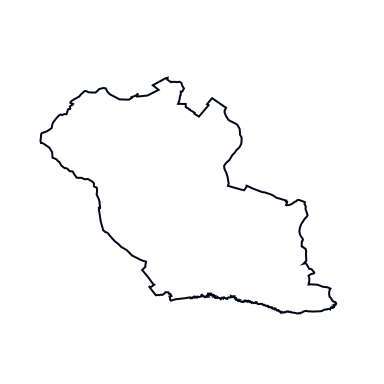 the district of Husasau De Tinca, Bihor, Romania, rotated 7°
{"feature_id": "2599482B81201825015639", "entity_name": "Husasau De Tinca", "entity_type": "district", "adm_level": 2, "iso_a3": "ROU", "parent_name": "Romania", "parent_adm1": "Bihor", "projection": "robinson", "projection_center": [21.937, 46.86], "detail": "fine", "context": "isolated", "style": "outline", "palette": "ink", "viewbox_px": 384, "rotation_deg": 7, "n_neighbors": 0, "source": "geoboundaries", "source_scale": "gbopen_adm2", "svg_char_len": 6062}
<svg xmlns="http://www.w3.org/2000/svg" viewBox="0 0 384 384"><g transform="rotate(7 192 192)"><path d="M348.7,285.0L348.1,284.9L348.1,284.2L347.8,283.9L345.4,283.4L343.8,281.9L342.5,280.0L341.2,279.0L340.4,275.8L340.5,272.5L341.2,271.0L338.4,270.1L333.3,270.1L327.9,268.7L321.0,269.2L319.0,269.7L319.2,265.8L318.9,263.1L317.9,260.9L320.4,258.8L322.5,258.2L323.2,257.6L323.0,256.8L320.1,254.1L317.6,253.9L315.2,250.5L313.5,248.7L311.3,249.6L313.9,246.3L312.6,239.4L312.6,237.4L311.8,234.8L311.3,234.3L310.4,234.1L308.8,232.9L307.8,232.9L307.5,232.6L307.0,227.6L307.7,227.0L307.9,225.5L306.6,223.7L305.6,222.9L304.2,220.6L303.4,218.2L303.4,214.8L304.1,211.2L307.0,205.1L309.2,202.1L309.5,200.8L306.7,194.9L306.7,192.7L305.1,190.0L305.3,188.3L299.9,187.0L298.1,186.9L296.8,187.9L296.5,188.6L295.3,189.2L292.4,191.8L290.0,193.1L287.7,193.6L287.0,193.5L287.7,190.3L286.2,190.0L286.0,189.4L286.3,189.0L276.2,187.3L273.7,185.9L271.0,184.9L264.8,183.6L261.4,183.5L252.1,181.2L245.6,179.1L245.4,179.1L245.6,180.1L243.5,183.9L239.6,183.5L226.9,181.5L227.4,179.2L225.5,172.8L224.1,169.5L221.4,165.1L220.7,162.5L220.8,161.8L222.2,159.1L225.3,155.6L227.5,150.5L229.5,147.9L230.9,145.2L233.5,142.0L235.0,138.5L234.9,134.1L234.5,131.7L232.7,129.3L231.6,123.5L228.8,119.8L227.9,119.2L219.7,116.3L216.3,112.2L214.6,108.9L214.5,107.0L215.6,104.3L200.5,96.4L196.2,103.0L197.9,103.8L189.7,116.3L184.9,114.1L185.0,113.0L179.4,110.6L179.6,110.2L175.5,108.5L175.0,105.4L167.4,106.2L168.3,102.7L168.5,97.9L169.0,97.0L168.6,93.7L170.1,93.5L171.4,90.2L169.5,87.9L168.2,85.0L166.1,84.1L163.8,84.8L160.8,84.8L157.8,85.5L157.7,85.1L157.0,85.2L153.7,83.4L153.9,81.6L152.1,82.2L140.1,90.8L146.4,94.7L136.0,101.7L125.8,104.0L125.6,103.9L125.5,103.4L126.3,101.7L125.9,101.4L124.2,103.4L120.3,105.3L120.8,105.9L118.2,108.0L108.9,108.9L98.5,105.0L95.8,102.7L93.8,99.7L93.4,99.6L90.9,99.7L87.3,101.2L85.3,103.8L84.0,105.1L78.6,105.6L76.9,105.6L74.7,104.7L73.2,104.9L69.6,109.0L68.5,110.9L61.9,115.8L60.5,117.4L60.5,118.4L63.3,119.2L63.0,119.9L61.0,121.3L60.3,122.4L61.0,123.6L61.0,124.4L59.3,124.8L59.2,125.3L58.8,125.4L58.0,130.1L55.6,130.2L53.8,131.5L52.3,131.1L50.8,132.0L48.1,135.7L45.5,140.3L45.1,142.2L44.9,145.7L41.2,149.0L39.2,150.3L35.9,151.7L35.3,152.7L35.4,159.7L36.1,161.8L37.1,161.6L38.5,162.0L44.8,165.2L48.3,169.4L49.4,174.9L53.6,176.1L54.9,177.5L56.5,178.3L59.3,181.9L62.7,183.8L64.1,183.7L65.6,184.2L68.0,186.2L71.1,186.2L72.4,188.1L75.8,191.9L80.7,191.4L83.9,192.4L86.9,191.8L91.0,193.4L93.2,194.8L93.8,196.1L93.8,197.9L94.4,198.7L97.0,199.3L97.6,201.8L97.7,206.2L100.4,210.5L101.3,212.8L102.7,219.0L101.5,219.1L101.8,220.9L105.1,232.6L107.4,238.0L108.2,240.0L108.3,240.8L109.1,241.1L110.8,242.3L113.2,242.8L116.4,246.0L121.2,250.1L125.7,252.9L128.4,255.1L134.2,257.6L140.4,262.4L149.0,265.5L151.5,266.2L154.9,266.7L154.6,270.2L154.9,271.7L152.1,275.5L159.0,282.0L164.6,288.1L165.8,288.7L163.2,291.0L162.0,291.4L160.6,290.8L168.7,298.9L171.0,298.2L172.1,298.4L173.4,297.7L175.0,297.8L177.0,296.2L177.8,294.7L180.9,294.5L181.5,295.8L183.0,295.9L184.2,297.7L182.4,298.4L183.4,300.5L183.3,301.5L184.3,302.4L189.0,300.4L197.6,298.4L202.8,296.8L203.6,297.7L204.6,297.0L205.0,297.4L205.5,297.1L205.9,296.2L206.8,296.1L207.0,295.6L207.4,295.9L207.3,296.3L207.5,296.5L209.0,296.3L209.1,296.2L209.0,295.7L209.8,295.9L209.7,295.3L210.2,295.1L211.9,295.4L213.8,294.6L213.9,293.0L214.1,292.9L214.5,293.9L215.4,293.4L215.9,293.7L215.9,294.2L217.1,294.4L217.5,294.9L217.8,294.9L218.0,294.2L219.9,294.3L220.4,293.8L221.1,293.8L220.3,292.9L220.9,292.5L219.9,292.3L220.4,291.8L220.3,290.9L222.9,290.6L222.8,290.9L223.7,291.0L223.7,292.2L224.4,292.4L224.7,292.2L224.5,291.9L224.9,291.8L224.9,292.4L226.1,292.6L226.4,291.8L226.7,292.1L226.4,292.3L226.6,292.7L227.0,292.6L226.7,293.1L227.4,292.9L227.2,293.3L227.8,294.3L229.1,294.1L228.8,293.6L229.3,293.5L229.0,293.0L229.5,293.4L230.1,293.1L230.2,293.4L229.8,293.6L230.1,294.0L231.9,293.8L233.3,294.7L233.4,294.2L234.1,294.4L234.3,294.0L234.0,293.6L234.6,293.2L235.1,293.5L235.8,293.1L235.7,293.7L236.1,294.0L236.4,293.2L236.8,293.1L238.4,293.2L238.6,293.6L239.5,293.7L239.3,293.4L239.9,293.3L240.8,292.3L243.0,292.0L243.1,291.2L243.8,291.1L244.3,291.4L244.6,291.2L244.3,290.8L244.6,290.9L245.1,290.6L245.5,291.1L246.4,289.9L246.3,290.3L246.8,290.3L246.7,290.6L247.2,291.2L247.9,291.5L247.7,291.7L247.9,291.8L247.8,292.2L248.6,292.0L248.7,293.2L249.6,293.2L249.5,293.6L250.2,293.5L250.1,293.9L250.5,294.2L251.1,293.9L251.3,294.4L251.8,294.2L251.5,294.6L252.0,294.3L252.6,294.5L252.7,294.1L252.9,294.4L254.5,294.9L255.9,295.0L256.6,294.7L256.4,294.3L257.0,294.2L257.3,293.6L257.8,294.0L258.2,293.9L258.3,293.6L258.8,293.7L258.9,293.4L259.4,293.7L259.8,293.5L260.0,293.8L260.5,293.5L260.8,293.9L261.3,293.2L262.0,293.8L262.1,293.3L263.5,293.6L263.5,293.9L264.0,294.1L264.6,294.8L264.9,294.5L264.9,294.1L265.3,294.1L265.5,294.5L267.0,294.8L267.4,294.4L268.5,294.3L268.8,294.1L268.8,293.6L269.0,293.6L269.1,294.0L269.5,293.8L269.5,294.5L271.9,295.2L273.9,294.6L275.4,294.6L275.6,295.0L276.5,295.4L277.3,295.1L277.7,295.3L277.7,295.6L278.5,295.6L279.4,296.1L279.7,295.8L281.5,295.8L281.5,296.6L282.3,297.1L283.6,296.6L284.5,297.2L285.0,296.7L285.5,296.7L285.9,297.1L285.6,297.3L285.9,297.7L286.3,297.5L286.9,298.2L287.5,297.8L288.3,297.8L288.2,297.6L288.4,297.3L289.0,297.4L289.1,298.5L289.8,298.3L290.5,299.0L291.8,298.8L291.7,299.3L292.3,299.2L293.2,299.9L293.6,299.7L294.6,300.6L294.6,300.2L294.9,300.4L295.9,300.0L296.2,300.5L297.7,300.6L298.3,299.9L299.7,299.9L300.1,299.3L300.6,299.3L301.7,298.7L302.0,299.1L303.4,299.2L304.6,298.9L305.1,299.4L309.2,299.4L311.3,299.8L312.8,299.2L314.0,299.3L314.1,298.9L314.8,298.5L316.3,298.0L317.0,297.1L319.8,296.0L321.3,296.3L326.7,295.9L333.5,294.8L335.1,294.4L338.4,292.3L339.8,292.4L340.7,291.7L341.6,291.5L343.0,291.4L343.4,291.7L343.9,290.0L344.6,290.0L344.9,289.6L344.8,289.3L345.3,289.2L345.9,289.8L346.5,289.3L346.2,288.9L347.1,288.8L347.2,288.2L346.7,288.0L347.4,287.0L346.5,286.8L347.4,286.2L348.1,286.3L348.1,285.4L348.7,285.3L348.7,285.0Z" fill="none" stroke="#020617" stroke-width="2"/></g></svg>